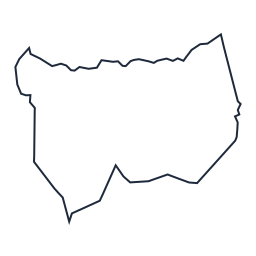 Vicência, Pernambuco, Brazil (Natural Earth projection)
{"feature_id": "56859067B62472660799714", "entity_name": "Vicência", "entity_type": "district", "adm_level": 2, "iso_a3": "BRA", "parent_name": "Brazil", "parent_adm1": "Pernambuco", "projection": "natural_earth1", "projection_center": [-35.361, -7.666], "detail": "fine", "context": "isolated", "style": "outline", "palette": "slate", "viewbox_px": 256, "rotation_deg": 0, "n_neighbors": 0, "source": "geoboundaries", "source_scale": "gbopen_adm2", "svg_char_len": 933}
<svg xmlns="http://www.w3.org/2000/svg" viewBox="0 0 256 256"><path d="M220.9,34.4L207.5,43.6L200.2,44.2L191.6,49.9L186.2,57.0L183.5,60.8L177.7,58.4L172.9,60.9L166.6,58.6L161.2,59.8L157.2,60.8L153.8,62.9L148.6,61.3L138.9,59.2L134.1,59.9L130.6,61.1L125.7,66.1L122.5,65.8L118.0,61.3L113.0,61.8L101.5,60.2L96.9,67.7L88.6,68.8L79.5,67.0L74.6,70.6L71.0,70.2L66.3,65.5L60.9,63.7L56.0,65.1L52.1,66.1L40.2,58.6L30.6,54.0L29.1,48.0L19.3,59.0L15.4,67.0L17.3,84.5L21.1,93.7L26.0,95.3L30.4,95.1L29.9,102.2L34.8,107.9L34.7,111.5L34.2,156.2L34.0,161.8L54.5,188.6L59.0,193.6L62.7,197.5L69.2,221.6L71.9,213.4L99.8,200.7L103.0,193.8L107.5,183.7L115.7,165.3L123.5,176.5L130.2,182.4L148.7,181.2L151.6,180.1L167.6,174.5L171.8,176.1L178.5,178.6L189.1,182.5L197.1,183.1L235.2,140.7L236.7,137.0L237.3,129.5L237.7,122.4L235.0,116.4L239.3,114.5L237.8,110.0L240.6,104.0L237.8,101.2L223.8,46.8L220.9,34.4Z" fill="none" stroke="#1e293b" stroke-width="2"/></svg>